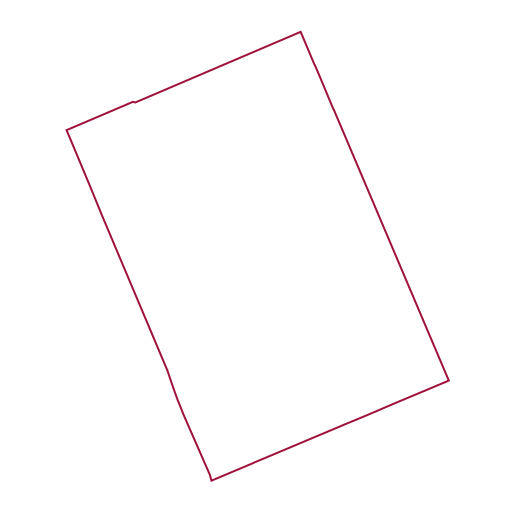 Cimarron, Oklahoma, United States of America (Equal Earth projection), rotated 247°
{"feature_id": "52423323B34412433575069", "entity_name": "Cimarron", "entity_type": "district", "adm_level": 2, "iso_a3": "USA", "parent_name": "United States of America", "parent_adm1": "Oklahoma", "projection": "equal_earth", "projection_center": [-102.557, 36.75], "detail": "fine", "context": "isolated", "style": "outline", "palette": "rose", "viewbox_px": 512, "rotation_deg": 247, "n_neighbors": 0, "source": "geoboundaries", "source_scale": "gbopen_adm2", "svg_char_len": 574}
<svg xmlns="http://www.w3.org/2000/svg" viewBox="0 0 512 512"><g transform="rotate(247 256 256)"><path d="M394.0,384.8L408.5,384.8L409.8,384.6L444.9,384.7L444.5,204.9L446.0,202.9L445.9,130.8L440.4,130.8L435.7,130.8L385.1,130.5L375.8,130.4L355.3,130.1L318.5,130.0L185.0,129.7L167.9,128.4L160.9,128.0L153.7,127.6L145.4,127.5L138.6,127.3L129.0,127.4L75.4,128.0L72.9,128.0L72.5,128.0L66.6,127.2L66.5,172.7L66.6,173.8L66.3,271.8L66.1,294.6L66.2,324.5L66.2,332.0L66.0,371.3L66.0,384.8L359.7,384.8L361.8,384.6L394.0,384.8Z" fill="none" stroke="#9f1239" stroke-width="2"/></g></svg>